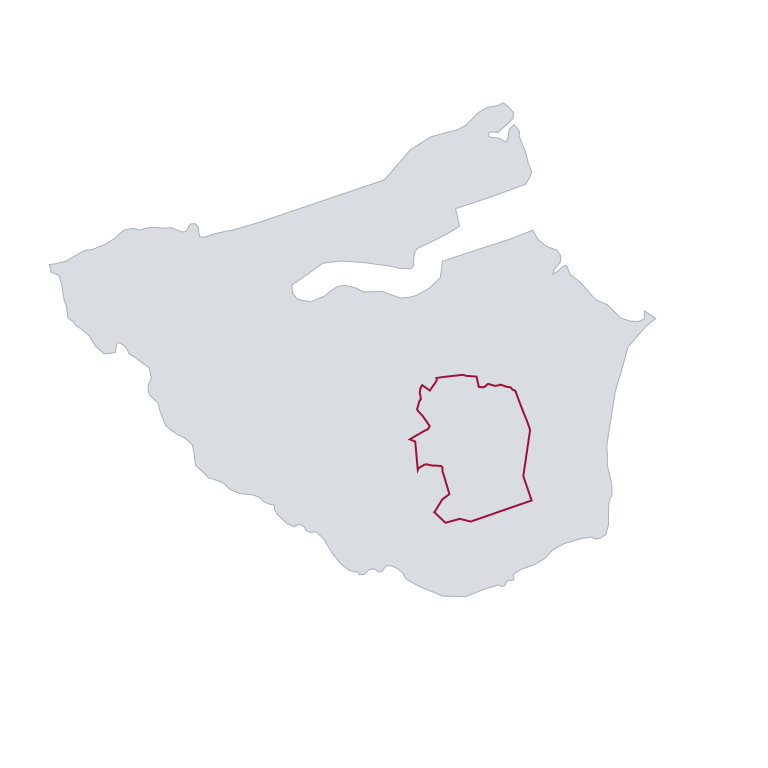 location of Linguere, Louga, Senegal, rotated 161°
{"feature_id": "50182788B14678638932037", "entity_name": "Linguere", "entity_type": "district", "adm_level": 2, "iso_a3": "SEN", "parent_name": "Senegal", "parent_adm1": "Louga", "projection": "natural_earth1", "projection_center": [-15.296, 15.307], "detail": "fine", "context": "in_parent", "style": "outline", "palette": "rose", "viewbox_px": 768, "rotation_deg": 161, "n_neighbors": 0, "source": "geoboundaries", "source_scale": "gbopen_adm2", "svg_char_len": 8388}
<svg xmlns="http://www.w3.org/2000/svg" viewBox="0 0 768 768"><g transform="rotate(161 384 384)"><path d="M580.1,351.8L588.6,368.8L586.8,376.9L584.9,388.8L589.7,397.5L595.4,403.1L599.4,408.3L603.9,415.5L604.7,429.7L603.9,440.0L606.8,444.7L609.3,450.5L608.8,455.4L607.2,459.7L601.8,465.5L601.0,476.1L609.8,489.0L615.5,496.1L615.4,500.1L617.0,504.5L621.2,509.7L623.7,508.5L626.5,504.2L627.8,501.3L635.4,502.6L639.0,504.0L643.8,512.4L645.6,518.0L646.8,525.1L651.9,533.9L656.4,540.1L657.3,543.9L661.3,549.2L658.9,560.8L659.2,566.8L656.5,582.4L656.0,589.8L656.1,592.5L662.2,598.1L661.6,606.0L655.5,604.6L644.9,603.7L623.7,607.8L616.4,606.1L602.5,606.7L592.6,608.9L580.0,614.1L570.2,612.8L564.9,608.8L557.9,609.0L550.1,606.9L541.7,603.0L534.1,601.0L525.9,593.8L522.0,592.5L519.3,594.4L517.1,596.8L514.7,598.3L510.2,597.0L508.5,592.1L509.9,587.3L510.3,583.7L508.2,581.8L503.2,581.1L495.1,581.1L482.0,579.7L479.0,578.8L449.7,577.5L419.4,577.4L393.6,577.3L361.1,577.1L338.3,577.0L317.0,576.9L300.5,586.5L282.7,596.9L258.8,602.5L231.2,600.4L222.4,601.9L213.2,606.5L206.5,609.9L197.0,611.9L184.8,610.2L179.8,611.2L176.7,606.5L173.2,598.8L175.4,593.2L182.9,589.6L194.2,584.8L200.1,587.3L203.5,587.4L204.2,584.3L203.1,582.7L194.6,578.6L190.2,573.1L186.5,576.3L183.4,583.0L180.8,585.0L176.9,586.9L174.7,582.3L173.8,577.9L175.6,574.5L174.7,555.4L175.8,545.2L175.2,536.3L180.6,530.4L185.6,526.8L205.3,526.4L223.6,526.1L241.3,526.3L259.3,526.5L261.1,508.7L266.8,507.3L275.3,505.4L291.1,503.3L308.8,501.2L312.6,497.7L315.5,491.8L317.4,486.5L321.0,484.2L326.0,486.0L332.5,488.8L339.2,493.1L346.9,497.1L352.0,499.6L364.4,505.9L385.5,514.6L402.8,518.1L423.8,511.7L438.9,507.6L440.8,499.9L438.4,492.5L427.1,485.6L411.8,486.4L407.1,488.2L400.0,490.5L395.7,491.4L388.5,489.8L379.3,483.9L373.5,477.9L365.4,475.1L355.8,472.3L340.5,460.0L332.5,457.8L324.9,457.2L310.3,459.6L296.1,466.2L288.6,481.1L274.4,480.9L244.2,480.4L216.4,480.0L193.5,481.0L191.2,470.2L185.8,461.5L177.0,454.2L175.1,447.4L178.0,441.4L186.6,436.5L188.5,433.0L184.1,433.6L177.3,436.7L172.8,436.9L172.3,427.5L164.8,415.3L156.5,394.7L146.9,386.2L139.0,369.6L130.6,363.2L123.0,360.2L116.4,360.8L114.0,368.4L105.8,357.5L117.0,353.6L140.9,339.8L168.4,300.5L193.1,253.9L196.3,242.9L199.3,234.5L201.3,215.5L204.8,204.1L208.1,202.0L212.3,193.3L217.4,178.0L223.1,169.5L229.4,167.9L234.4,168.6L237.9,171.8L248.3,173.7L265.4,174.4L278.7,172.2L288.1,166.9L300.4,164.2L315.6,164.1L323.7,161.9L324.5,157.5L326.4,156.2L329.6,157.9L332.6,157.3L335.4,154.1L338.2,153.9L341.0,156.6L353.8,157.4L376.5,156.4L397.6,164.4L416.9,181.4L426.9,192.8L427.5,198.6L430.7,204.3L436.5,210.1L441.8,211.2L446.6,207.5L450.3,207.9L453.1,212.3L458.6,213.3L464.7,210.5L469.1,211.5L469.9,214.1L470.9,215.5L473.9,216.1L477.9,219.5L483.5,228.6L488.1,241.2L491.6,257.5L496.3,266.3L502.1,267.7L505.4,271.1L506.1,274.9L507.8,277.6L510.6,279.0L515.4,278.2L521.2,283.6L527.4,295.6L528.4,300.9L527.4,303.8L527.8,305.9L531.9,307.9L535.7,311.8L538.9,317.7L545.8,322.9L556.2,327.4L563.8,334.3L568.5,343.3L578.1,350.9L580.1,351.8Z" fill="#d9dde1" stroke="#a8b0b8" stroke-width="1"/><path d="M282.3,233.5L282.3,234.4L282.3,235.7L282.3,237.2L282.3,240.2L282.3,243.0L282.3,245.9L282.3,248.8L282.2,250.6L282.3,251.0L282.3,251.3L282.1,251.7L281.2,253.6L280.7,254.6L280.5,254.9L280.4,255.1L280.0,256.0L279.2,257.6L278.8,258.3L277.7,260.5L276.6,262.4L276.3,262.9L276.1,263.5L275.8,263.9L275.4,264.7L274.5,266.4L273.1,269.4L271.5,272.3L270.1,275.1L270.0,275.3L268.5,278.2L266.9,281.2L266.1,282.8L266.0,283.1L265.8,283.6L265.4,284.2L264.8,285.2L264.8,285.3L263.9,287.1L262.3,290.1L260.8,293.0L260.8,294.4L260.8,295.7L260.8,297.0L260.8,299.3L260.8,300.2L260.8,300.5L260.8,301.3L260.9,301.7L260.9,302.9L260.9,304.1L261.0,305.5L261.1,305.8L261.1,306.0L261.1,307.0L261.2,308.8L261.4,310.5L261.4,311.4L261.4,313.2L261.4,313.4L261.5,314.8L261.5,316.0L261.6,317.9L261.6,318.9L261.7,319.7L261.7,321.6L261.8,323.6L261.8,325.5L261.9,327.1L261.9,328.7L261.9,329.7L262.0,330.8L262.0,331.8L262.0,332.9L261.8,333.5L262.0,334.3L262.2,334.9L262.3,335.0L262.5,335.4L262.9,335.6L263.2,335.7L263.3,335.8L263.6,335.9L263.7,336.2L263.9,336.4L264.1,336.7L264.2,336.9L264.4,337.1L264.5,337.3L264.6,337.5L264.8,337.8L264.8,338.0L264.8,338.4L264.9,338.7L265.0,338.9L265.1,339.2L265.3,339.4L265.6,339.6L266.0,339.8L266.2,340.1L266.5,340.2L266.8,340.4L267.1,340.5L267.5,340.8L268.2,341.1L268.6,341.3L269.2,341.6L269.5,341.8L269.9,342.2L270.2,342.4L270.9,343.0L271.4,343.3L271.9,343.8L272.6,344.3L273.0,344.7L273.7,345.1L273.9,345.2L273.9,345.3L274.2,345.4L274.4,345.4L274.6,345.4L274.8,345.4L274.9,345.5L275.1,345.5L275.3,345.5L275.5,345.5L275.8,345.5L276.1,345.5L276.3,345.6L276.5,345.6L277.0,345.6L277.3,345.6L277.5,345.7L278.0,345.8L278.5,345.9L278.8,345.9L279.1,346.0L279.3,346.0L279.5,346.1L279.9,346.3L280.2,346.4L280.3,346.5L280.5,346.6L280.8,346.8L281.0,346.9L281.2,347.1L281.6,347.5L281.8,347.6L282.1,347.8L282.4,348.0L282.5,348.1L282.8,348.3L283.1,348.6L283.4,348.7L283.8,349.0L284.1,349.2L284.4,349.4L284.7,349.7L285.0,349.9L285.4,350.1L285.5,350.2L285.8,350.2L286.0,350.2L286.3,350.0L286.6,349.9L287.0,349.7L287.3,349.5L287.6,349.4L287.9,349.3L288.1,349.2L288.3,349.2L288.5,349.1L289.0,348.9L289.4,348.7L289.5,348.6L289.9,348.6L290.1,348.6L290.3,348.5L290.5,348.5L290.9,348.6L291.1,348.6L291.4,348.7L291.6,348.8L291.9,348.8L292.1,348.9L292.2,349.0L292.3,349.0L292.6,349.1L292.9,349.2L293.1,349.3L293.3,349.5L293.7,349.6L294.0,349.8L294.4,350.0L294.6,350.1L294.9,350.1L295.1,350.2L295.2,350.3L295.2,350.5L295.3,350.9L295.2,351.1L295.2,351.4L295.1,351.7L295.1,351.9L295.1,352.2L295.1,352.7L294.9,353.1L294.9,353.5L294.8,353.9L294.8,354.4L294.8,354.8L294.7,355.2L294.7,355.6L294.7,356.3L294.6,356.7L294.5,357.2L294.4,357.7L294.4,358.3L294.3,358.6L294.1,360.9L296.1,361.7L297.9,362.5L299.8,363.3L301.6,364.1L303.5,364.9L305.1,366.0L306.7,367.1L307.5,367.3L308.9,367.6L310.4,367.9L311.9,368.2L313.3,368.5L314.4,368.8L315.5,369.1L316.7,369.3L317.8,369.6L319.0,369.8L320.2,370.1L322.1,370.5L323.7,370.9L325.3,371.2L326.9,371.6L327.8,371.7L328.3,371.8L329.7,372.1L331.1,372.3L332.5,372.6L333.1,370.0L334.7,368.9L335.4,368.2L337.9,366.5L340.3,364.7L342.8,362.9L344.6,365.5L346.5,368.0L348.3,370.6L349.5,369.5L350.9,368.2L351.6,366.8L352.3,365.5L353.0,364.2L353.2,362.5L353.5,360.9L353.8,359.3L354.0,357.7L356.1,356.3L357.3,354.6L358.5,352.8L359.7,351.1L361.0,349.4L360.7,347.6L359.8,345.6L358.9,343.7L358.0,341.7L357.3,339.3L356.6,336.8L355.9,334.3L355.2,331.9L354.5,329.4L354.7,329.2L357.2,326.9L358.6,326.8L360.0,326.7L361.4,326.5L363.6,326.1L365.9,325.6L368.1,325.2L370.4,324.7L372.6,324.3L374.9,323.8L375.8,323.6L376.7,323.4L377.6,323.2L375.5,321.4L373.2,319.4L373.7,317.5L374.0,316.4L374.7,313.3L375.1,311.8L375.5,310.2L376.2,307.2L377.0,304.1L377.1,303.4L377.3,302.7L377.8,301.0L378.5,297.9L379.3,294.9L379.5,293.8L379.8,292.7L380.0,291.7L378.7,293.2L377.3,293.5L375.9,293.8L374.5,294.0L372.2,294.6L370.1,294.3L367.7,292.8L365.6,291.6L364.6,291.0L363.4,290.6L362.3,290.2L361.2,289.8L358.5,288.6L357.0,288.0L355.9,286.4L356.0,286.0L356.3,284.9L356.8,283.4L357.2,281.9L357.2,280.1L357.2,278.3L357.2,276.5L357.3,273.9L357.5,271.4L357.6,268.8L357.7,266.3L357.8,263.7L357.9,261.1L358.1,258.6L359.7,258.0L361.4,257.5L363.1,257.0L364.8,256.4L366.5,255.9L368.4,254.3L370.3,252.7L372.3,251.1L374.2,249.5L375.5,248.4L376.8,247.4L378.2,246.4L377.3,244.9L375.8,241.9L374.2,238.8L372.7,235.8L371.9,234.4L371.1,232.8L370.4,232.7L368.7,232.6L367.4,232.5L366.3,232.5L363.9,232.3L362.4,232.2L362.1,232.2L361.5,232.2L359.1,232.0L356.7,231.9L356.6,232.0L355.9,231.5L355.3,231.2L354.2,230.5L351.7,228.9L349.3,227.3L346.8,225.7L345.7,225.7L345.4,225.7L344.4,225.7L341.9,225.7L339.5,225.7L337.0,225.7L336.1,225.7L335.1,225.7L334.1,225.7L333.2,225.7L331.8,225.7L330.5,225.7L329.1,225.7L327.7,225.7L326.3,225.7L325.0,225.7L324.1,225.7L323.6,225.7L323.0,225.7L322.2,225.7L321.4,225.7L320.8,225.8L319.8,225.8L319.7,225.8L319.4,225.8L318.1,225.8L316.7,225.8L315.3,225.8L313.9,225.8L312.6,225.8L311.2,225.8L309.8,225.8L308.4,225.8L307.0,225.8L305.7,225.8L304.3,225.8L302.9,225.8L301.5,225.8L300.2,225.8L298.8,225.8L297.4,225.8L296.0,225.8L295.1,225.8L293.3,225.8L291.9,225.8L290.5,225.8L289.1,225.8L287.8,225.8L286.4,225.8L285.0,225.8L283.6,225.8L282.3,225.8L282.3,227.1L282.3,227.9L282.4,228.4L282.3,228.8L282.3,229.3L282.3,229.8L282.3,230.3L282.3,231.3L282.3,232.0L282.3,232.8L282.3,233.5Z" fill="none" stroke="#9f1239" stroke-width="2"/></g></svg>